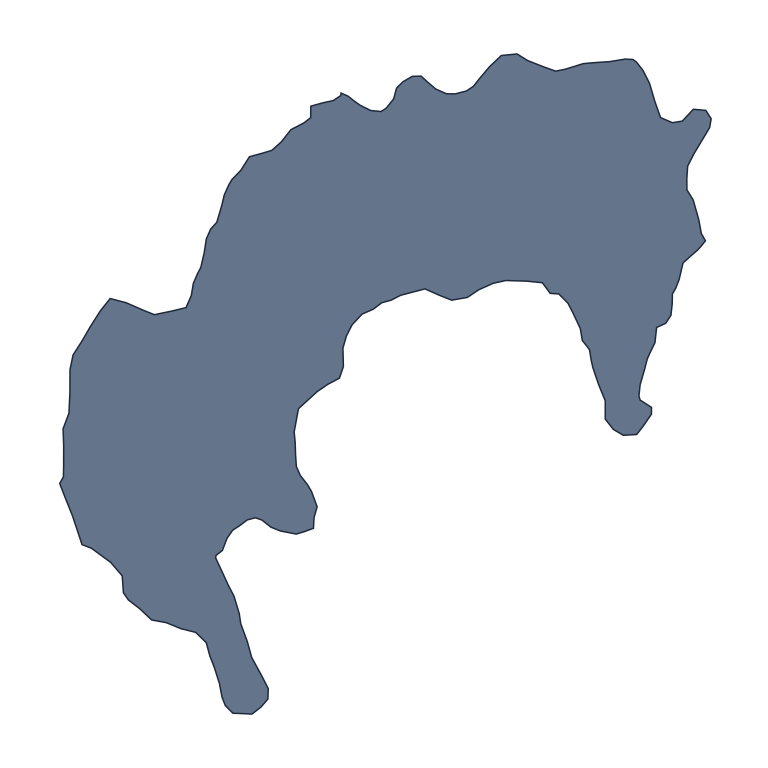 outline of Sabirabad District, Sabirabad, Azerbaijan, rotated 271°
{"feature_id": "54616110B21396185337631", "entity_name": "Sabirabad District", "entity_type": "district", "adm_level": 2, "iso_a3": "AZE", "parent_name": "Azerbaijan", "parent_adm1": "Sabirabad", "projection": "robinson", "projection_center": [48.66, 39.895], "detail": "fine", "context": "isolated", "style": "filled", "palette": "slate", "viewbox_px": 768, "rotation_deg": 271, "n_neighbors": 0, "source": "geoboundaries", "source_scale": "gbopen_adm2", "svg_char_len": 2709}
<svg xmlns="http://www.w3.org/2000/svg" viewBox="0 0 768 768"><g transform="rotate(271 384 384)"><path d="M278.9,61.5L264.8,67.2L246.8,74.8L218.1,84.9L214.7,94.3L200.8,113.9L187.6,125.6L170.7,127.1L163.6,132.2L155.2,143.5L144.0,155.8L141.6,170.4L135.8,185.2L132.4,200.0L122.3,210.8L109.1,214.6L97.6,219.3L81.6,224.7L68.1,227.5L59.6,231.0L59.4,231.3L52.2,238.6L51.7,257.7L56.5,263.8L59.0,266.8L67.0,273.4L77.4,273.6L90.2,266.8L108.2,256.5L124.2,251.8L142.0,244.9L151.9,243.3L169.3,237.7L180.5,231.6L189.6,227.3L207.2,218.7L209.8,219.1L214.7,225.3L227.1,229.8L235.1,235.2L239.8,242.1L245.7,249.6L248.0,257.7L245.9,264.2L238.9,273.4L235.2,283.0L232.4,298.9L235.0,307.0L238.5,316.0L249.3,316.4L260.1,319.3L275.3,313.4L282.2,309.1L291.1,301.9L300.0,297.8L312.1,296.8L324.4,296.2L334.4,295.0L357.8,298.9L363.2,304.6L375.3,317.4L382.7,327.8L389.0,339.3L400.7,343.1L419.1,342.3L431.4,345.6L442.7,351.1L453.5,360.9L458.7,372.1L465.2,380.3L468.0,389.8L473.0,399.1L479.8,423.3L473.7,437.7L469.0,450.2L472.0,465.8L479.8,477.0L486.6,491.4L489.6,504.1L489.3,525.2L488.0,540.6L477.5,548.6L477.1,557.2L468.0,566.5L458.5,571.6L442.9,579.3L431.1,581.5L421.9,588.9L411.1,590.8L403.6,592.7L387.4,598.5L371.1,605.5L352.8,605.8L342.6,614.1L336.9,624.1L337.9,637.5L346.0,643.6L358.0,651.6L358.5,651.9L365.3,651.9L372.4,640.4L376.5,639.1L387.7,640.1L402.9,644.2L413.6,646.8L419.3,649.2L430.1,654.2L445.3,655.6L449.6,664.6L457.7,669.7L469.6,670.8L479.1,670.8L484.8,674.0L493.7,677.3L510.1,680.8L510.5,681.2L517.3,688.4L523.4,695.2L527.5,698.8L532.8,702.9L539.9,698.7L553.2,696.0L556.0,695.2L573.5,689.9L583.4,683.5L594.2,683.2L607.1,683.8L619.1,689.6L633.3,697.8L646.0,705.1L654.9,706.5L663.2,701.0L664.1,688.5L652.1,677.7L650.3,667.8L655.2,655.9L670.9,650.0L689.4,644.2L702.0,637.5L710.3,630.8L712.8,627.3L713.1,619.5L710.3,604.3L709.0,588.9L707.8,577.6L701.9,559.8L699.8,550.2L704.0,537.7L709.9,522.0L716.3,511.3L714.5,495.6L703.1,484.0L691.7,474.7L683.3,468.3L678.4,461.3L675.3,450.0L675.3,441.3L679.9,430.5L687.3,421.5L692.5,415.7L692.1,406.9L686.6,397.8L680.1,391.4L669.3,388.7L659.8,381.4L656.4,376.4L657.2,366.0L662.1,355.6L666.1,349.7L671.2,343.0L674.1,336.0L671.6,335.7L666.5,328.3L663.9,317.3L660.5,306.0L649.0,306.0L643.7,299.4L636.7,286.5L624.3,277.1L615.6,267.7L612.3,257.3L608.9,245.5L595.1,237.1L585.9,228.5L581.0,225.6L570.3,221.0L559.4,218.6L542.8,214.0L535.9,208.0L525.9,203.8L512.4,202.0L497.3,198.8L490.6,195.4L481.2,191.6L469.1,189.8L456.9,184.7L453.4,171.3L449.3,153.2L453.7,141.7L460.7,124.9L464.7,108.7L452.0,99.0L436.3,89.4L421.7,81.3L407.6,72.6L393.0,69.8L370.3,70.1L349.3,69.5L333.6,63.9L316.6,64.8L296.9,65.1L295.5,65.1L285.6,65.1L278.9,61.5Z" fill="#64748b" stroke="#1e293b" stroke-width="1.5"/></g></svg>